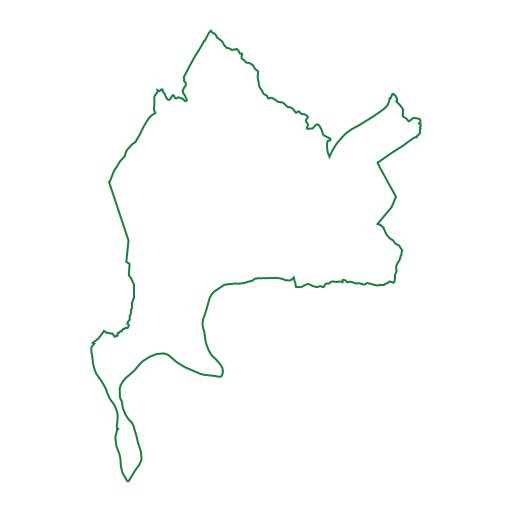 Samborondon, Guayas, Ecuador (Robinson projection)
{"feature_id": "8360857B50799900166454", "entity_name": "Samborondon", "entity_type": "district", "adm_level": 2, "iso_a3": "ECU", "parent_name": "Ecuador", "parent_adm1": "Guayas", "projection": "robinson", "projection_center": [-79.798, -2.011], "detail": "fine", "context": "isolated", "style": "outline", "palette": "green", "viewbox_px": 512, "rotation_deg": 0, "n_neighbors": 0, "source": "geoboundaries", "source_scale": "gbopen_adm2", "svg_char_len": 6003}
<svg xmlns="http://www.w3.org/2000/svg" viewBox="0 0 512 512"><path d="M420.5,121.9L420.4,120.3L419.4,119.0L417.7,118.5L414.4,118.0L412.5,118.4L409.7,120.9L408.7,121.3L406.1,118.4L402.9,116.3L402.6,115.6L403.0,113.8L403.0,109.7L402.7,108.9L400.4,105.6L396.3,101.4L397.0,100.4L397.1,99.4L396.9,98.5L396.0,96.6L395.2,95.5L393.7,94.4L393.6,94.0L392.3,94.1L390.8,97.9L390.2,98.7L389.7,98.4L389.0,101.7L387.6,105.2L384.4,108.5L381.4,110.8L372.9,116.7L358.1,125.8L352.2,128.9L346.5,132.9L344.4,134.8L336.9,143.3L332.3,150.7L329.5,156.8L327.9,152.8L327.3,149.6L327.4,149.2L327.1,148.0L327.1,143.4L327.5,141.4L327.9,140.8L330.3,140.3L330.4,139.0L330.2,138.6L329.4,138.2L323.7,135.3L322.9,134.1L321.7,130.1L319.3,125.5L317.6,124.4L316.4,124.6L315.2,125.5L312.6,128.5L307.2,128.8L306.9,128.0L308.0,124.8L307.6,123.6L306.1,121.5L305.9,120.2L307.8,117.3L307.7,116.4L307.4,116.0L304.5,114.3L301.4,113.9L298.9,111.3L298.0,111.5L296.8,112.6L295.9,112.6L295.1,111.9L294.1,110.3L292.1,108.3L290.3,107.4L287.3,106.8L284.0,103.5L282.3,102.3L280.4,102.3L277.5,101.6L274.9,99.4L271.8,97.8L268.2,98.5L266.9,95.7L264.3,94.4L263.2,93.3L262.2,91.1L259.5,86.9L257.7,77.7L257.7,75.9L258.1,73.6L258.0,71.7L257.7,71.0L255.0,68.9L253.2,65.7L252.4,64.8L250.3,63.5L248.5,62.9L247.3,62.9L246.3,62.5L244.7,61.0L243.8,59.9L242.1,58.9L241.6,58.1L241.6,55.9L242.2,54.0L241.0,53.4L240.3,53.6L239.7,53.5L239.3,52.2L238.0,50.0L236.4,48.9L236.0,48.9L235.8,49.4L235.1,49.6L233.2,49.6L232.3,49.9L231.5,49.9L231.1,49.4L229.4,48.4L226.5,47.8L224.0,44.9L222.1,41.3L217.0,37.5L216.2,35.5L215.0,34.3L214.7,33.6L214.0,33.5L211.8,32.2L210.9,30.7L209.0,32.7L204.7,40.9L204.2,40.8L200.5,47.5L195.5,55.5L190.8,63.8L183.8,77.2L183.8,77.9L184.3,78.8L184.0,80.9L184.7,81.8L185.6,82.4L185.9,84.0L185.8,85.3L184.9,86.4L184.5,87.4L183.9,87.8L183.4,89.4L182.7,90.2L182.7,90.8L183.0,91.8L183.1,93.1L185.1,95.8L185.7,97.5L186.5,99.0L186.8,100.3L185.9,100.9L185.8,101.1L184.9,101.0L184.4,100.7L182.8,98.7L180.1,98.0L178.5,97.3L177.7,97.5L176.5,98.4L175.6,98.4L174.8,97.7L173.9,95.6L173.0,95.2L172.1,95.8L171.3,97.5L169.8,99.4L169.1,99.9L168.4,99.8L167.3,99.1L166.1,97.4L164.6,93.7L163.0,91.7L162.6,89.7L162.3,89.4L161.3,89.5L159.8,91.1L158.9,90.9L157.4,90.1L157.6,91.4L157.3,92.2L155.1,95.3L154.3,97.0L154.4,105.1L153.9,108.5L153.9,109.7L155.4,112.9L152.0,115.1L149.4,117.5L146.6,121.7L143.5,126.9L140.0,134.2L136.0,141.1L135.3,142.1L131.8,144.6L127.1,149.9L125.6,152.7L125.0,156.0L120.3,161.0L118.7,163.4L116.7,166.9L114.3,170.3L112.8,173.8L110.3,180.4L109.6,181.6L109.0,181.9L128.0,239.0L128.5,240.9L126.3,261.8L129.6,264.0L128.8,275.3L130.8,277.8L133.7,283.8L133.9,284.8L134.0,295.0L134.2,295.4L134.0,298.0L133.0,299.7L132.7,301.4L131.9,303.1L132.1,308.1L131.0,309.7L131.2,311.4L130.8,313.8L129.7,315.9L129.7,319.8L128.5,321.0L127.6,322.6L127.4,323.7L127.9,323.8L128.6,324.6L128.8,326.3L128.0,327.0L127.7,327.9L125.5,328.0L124.4,328.6L124.1,329.2L123.1,329.1L122.2,330.0L121.9,331.0L121.3,331.4L120.5,331.2L119.2,332.4L119.1,332.8L117.8,333.0L117.3,334.2L117.7,335.1L117.6,335.7L116.0,336.0L115.0,336.9L112.2,333.4L110.6,333.7L109.2,332.9L106.6,332.9L105.6,331.9L103.9,330.9L103.5,331.9L98.2,338.7L92.7,342.9L94.3,343.8L92.1,346.1L91.5,347.4L91.3,348.8L91.4,352.0L92.1,355.2L93.1,363.8L94.7,370.0L96.3,373.8L101.4,381.0L103.9,385.1L105.8,388.8L107.7,394.0L110.3,399.5L113.8,404.2L114.8,406.0L116.3,409.5L116.6,410.8L117.2,412.3L117.6,414.7L117.6,417.8L117.4,421.1L116.8,425.8L117.0,428.6L117.1,429.1L117.6,429.2L119.0,428.6L117.9,429.4L117.0,429.6L116.8,431.3L115.4,437.0L115.5,439.4L116.2,444.8L116.8,447.3L119.3,453.6L120.4,458.4L120.9,466.6L122.5,472.9L127.0,480.7L127.8,481.3L128.3,481.2L129.1,480.4L135.5,469.9L138.9,465.4L141.4,460.0L141.5,457.4L140.9,452.1L140.4,450.1L138.0,442.7L136.0,434.3L134.8,430.7L133.8,426.5L132.0,423.0L131.0,421.7L128.5,419.2L125.6,414.8L123.3,409.3L122.6,406.7L122.1,402.7L121.5,400.7L120.5,398.9L119.9,396.7L119.7,388.8L120.6,385.5L122.1,382.6L125.0,378.7L134.3,370.6L139.7,364.2L142.7,361.2L149.4,357.0L152.8,355.4L153.8,355.4L155.1,354.5L157.1,354.0L162.5,353.5L164.8,353.6L168.4,355.0L176.6,362.1L184.7,367.1L200.5,373.9L204.2,374.8L215.9,376.1L218.4,376.7L220.6,376.7L221.5,376.1L222.1,375.1L222.9,372.1L222.8,370.0L222.3,367.8L220.4,364.6L218.3,362.1L215.5,358.9L212.5,356.2L210.5,353.5L208.6,350.1L205.7,342.2L204.3,331.9L203.0,327.8L202.6,324.9L202.5,322.4L203.5,318.0L204.6,315.3L206.1,310.7L209.7,297.9L211.9,294.0L214.3,291.5L223.2,285.6L224.3,284.6L225.4,284.8L228.9,284.0L231.2,284.1L234.4,283.5L239.0,283.7L244.7,283.0L246.7,282.1L252.1,280.8L254.6,278.8L257.9,278.3L277.4,278.0L281.3,278.6L285.7,280.2L289.1,280.5L290.6,280.2L291.9,279.5L291.9,279.1L293.0,278.5L293.7,277.5L294.7,281.6L295.5,283.5L295.6,285.3L296.0,286.9L296.4,286.8L297.2,287.2L302.2,286.7L305.1,284.9L308.2,284.0L309.4,284.3L313.0,286.2L316.5,287.0L317.7,287.0L319.4,286.3L320.9,286.1L322.3,287.0L323.3,287.1L324.1,286.7L324.7,284.8L326.2,283.7L326.9,283.4L328.9,283.6L330.7,282.0L331.7,281.5L333.8,281.5L336.5,282.1L338.8,281.5L341.2,281.8L342.5,282.2L342.6,280.1L343.0,279.9L345.3,280.3L347.2,282.3L349.5,281.8L350.8,281.8L353.0,282.4L355.8,283.5L358.3,283.2L360.1,283.4L363.3,284.6L365.5,284.2L366.9,283.1L367.8,283.1L374.3,284.9L377.9,285.6L379.8,284.9L383.9,285.0L384.6,284.1L387.3,283.3L389.3,281.5L391.3,281.9L393.6,282.8L394.0,282.3L394.6,280.9L394.8,279.8L395.0,277.6L394.9,275.4L396.1,272.4L396.5,270.7L396.2,268.2L396.3,265.9L397.1,263.9L399.7,259.7L400.8,255.6L401.3,255.0L401.7,252.1L402.2,250.4L400.4,247.8L399.3,245.8L395.2,243.5L392.7,240.0L391.7,239.6L389.3,237.9L386.1,233.9L384.6,230.2L383.9,229.3L383.5,227.3L382.2,226.8L381.2,225.5L380.3,225.0L379.9,225.0L379.3,224.3L377.6,223.9L391.5,207.3L396.0,196.9L380.2,168.1L377.6,162.7L392.6,152.3L403.7,145.3L408.0,141.9L414.2,137.7L415.2,137.2L416.7,137.2L417.2,135.9L419.2,134.3L420.0,132.8L420.1,129.3L420.6,128.7L419.8,127.3L420.6,126.2L420.7,125.2L420.4,124.3L419.2,123.8L419.0,123.4L419.1,123.0L420.3,122.5L420.5,121.9Z" fill="none" stroke="#15803d" stroke-width="2"/></svg>